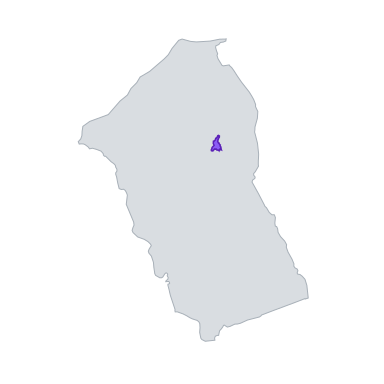 location of Tano South Municipal, Brong Ahafo, Ghana, rotated 160°
{"feature_id": "2480657B7981851544250", "entity_name": "Tano South Municipal", "entity_type": "district", "adm_level": 2, "iso_a3": "GHA", "parent_name": "Ghana", "parent_adm1": "Brong Ahafo", "projection": "robinson", "projection_center": [-2.05, 7.161], "detail": "fine", "context": "in_parent", "style": "filled", "palette": "violet", "viewbox_px": 384, "rotation_deg": 160, "n_neighbors": 0, "source": "geoboundaries", "source_scale": "gbopen_adm2", "svg_char_len": 5061}
<svg xmlns="http://www.w3.org/2000/svg" viewBox="0 0 384 384"><g transform="rotate(160 192 192)"><path d="M230.6,47.2L233.2,50.0L233.7,51.6L232.8,57.5L230.9,61.7L229.7,65.6L229.9,67.5L231.0,69.5L235.0,72.6L237.0,74.6L239.4,77.6L242.1,80.5L246.8,84.4L248.8,85.1L248.7,86.1L248.1,87.6L247.7,101.9L247.3,105.6L247.0,107.5L246.5,112.8L246.1,113.6L245.2,113.5L244.3,113.7L244.1,114.8L244.5,115.9L247.3,116.7L246.7,117.5L244.6,118.2L243.6,119.8L244.0,121.7L242.9,123.1L243.2,124.1L244.0,124.9L245.2,124.6L248.5,122.1L249.8,121.8L251.6,122.4L254.7,126.1L254.9,128.0L253.6,134.3L252.3,139.1L252.1,145.6L253.4,149.3L253.3,151.3L251.8,153.0L248.6,155.5L248.8,157.2L250.3,160.4L253.1,163.9L258.4,168.3L261.3,174.1L261.4,176.4L259.7,178.7L257.8,180.7L257.1,183.7L258.0,202.9L253.8,211.2L253.8,213.6L254.2,216.3L255.3,218.0L257.5,218.5L259.3,220.1L258.7,225.9L257.7,231.9L257.6,234.8L257.1,236.1L255.4,237.3L254.8,239.1L255.2,241.5L254.9,243.2L255.8,245.4L257.7,248.2L260.9,255.1L262.1,255.6L262.6,257.0L262.3,258.4L263.5,261.5L266.9,264.5L270.6,267.2L273.5,267.6L274.2,269.9L276.2,273.0L277.6,274.3L279.8,275.2L281.6,275.6L281.7,278.2L278.4,279.9L276.2,282.6L274.5,286.6L272.1,291.0L264.0,293.3L260.9,293.3L244.2,293.4L228.5,302.1L219.5,305.2L214.0,310.1L206.6,313.6L201.4,317.8L190.6,319.8L172.8,326.5L167.3,329.1L161.7,333.7L152.6,339.1L149.0,339.1L141.8,334.0L136.5,331.5L123.3,327.6L113.5,326.1L108.8,324.4L107.5,324.2L108.6,322.3L111.3,322.2L114.2,322.8L116.4,321.4L119.6,321.2L120.4,319.7L120.7,316.1L120.6,313.1L121.8,311.8L122.0,308.4L120.5,300.7L119.4,299.8L113.6,298.7L113.2,297.2L112.2,295.5L111.1,291.6L109.8,285.7L107.9,278.3L104.0,266.3L103.1,262.0L102.4,257.7L102.3,252.5L103.1,250.5L102.9,247.9L102.6,245.2L105.3,239.0L110.6,231.5L111.7,228.8L112.7,226.9L112.9,224.2L113.8,215.4L116.4,204.9L118.0,200.9L119.0,198.7L120.3,195.2L120.7,193.5L125.6,189.4L127.8,188.2L128.3,186.6L127.6,184.8L127.9,183.6L129.1,183.0L130.9,182.5L132.2,180.8L130.1,167.7L128.4,154.7L128.4,153.6L127.4,151.8L126.4,146.4L124.7,143.3L122.4,142.4L122.4,139.4L124.8,134.4L125.4,131.4L124.3,130.6L124.1,128.3L124.9,124.6L124.5,122.3L124.1,119.9L121.7,114.2L121.1,110.2L122.3,107.8L122.3,102.6L121.0,94.7L120.8,89.6L121.7,87.5L121.2,85.5L119.5,83.6L119.4,81.8L120.9,80.0L120.7,78.6L118.8,77.6L117.2,75.1L115.7,71.3L116.0,65.0L118.8,53.6L119.1,52.6L122.3,52.7L122.3,53.2L132.1,53.0L143.3,52.9L156.6,52.8L168.8,52.6L169.3,52.1L171.3,51.5L183.6,52.7L191.3,52.1L194.5,52.4L196.9,53.2L202.2,52.7L205.0,53.0L207.2,55.9L208.0,55.9L209.2,54.7L211.3,53.3L213.5,52.2L215.0,49.9L216.0,48.2L217.4,48.6L219.4,48.5L220.7,47.1L221.2,44.9L230.6,47.2Z" fill="#d9dde1" stroke="#a8b0b8" stroke-width="1"/><path d="M154.5,232.4L155.4,230.3L155.3,228.2L157.9,227.0L158.1,226.5L158.2,226.4L158.5,226.1L158.5,225.9L158.7,225.7L159.0,225.4L159.2,225.2L159.3,225.2L159.5,224.9L159.6,224.7L159.6,224.4L159.4,224.4L159.2,224.1L159.0,223.9L159.0,223.7L158.9,223.7L158.7,223.6L158.3,223.5L158.1,223.5L157.9,223.8L157.7,223.9L157.6,224.0L157.4,224.1L157.2,224.1L156.9,224.2L156.8,224.3L156.7,224.3L156.4,224.5L156.2,224.7L155.8,224.3L155.7,224.3L155.6,224.2L155.4,224.2L155.2,224.1L154.8,224.2L154.7,224.3L154.5,224.1L154.3,223.5L154.3,223.3L154.2,223.2L154.2,222.8L153.9,222.7L153.7,222.7L153.4,222.6L153.2,222.6L152.8,221.9L152.6,221.8L152.5,221.7L152.3,221.7L152.2,221.8L152.2,221.7L152.1,221.8L151.9,221.8L151.8,222.0L151.7,221.9L151.6,222.0L151.6,221.9L151.6,222.0L151.4,222.1L151.2,222.1L151.0,222.3L150.9,222.2L150.8,222.3L150.7,222.3L150.4,222.1L150.2,221.8L150.0,221.6L150.0,221.8L150.0,222.1L149.9,222.2L149.9,222.3L150.0,222.4L149.9,222.4L149.9,222.6L149.8,222.8L149.8,223.0L149.9,223.3L150.0,223.4L149.9,223.5L149.5,224.1L149.7,224.3L149.7,224.6L149.6,224.8L149.7,225.0L149.8,225.1L149.8,225.3L149.8,225.5L149.7,225.7L149.7,225.8L149.7,226.0L149.7,226.3L149.6,226.5L149.4,226.6L149.5,226.8L149.7,227.0L149.8,227.2L149.8,227.3L149.8,227.5L149.9,228.1L150.0,228.3L150.0,228.5L149.9,228.6L149.9,228.8L150.0,228.8L150.2,229.0L150.3,229.0L150.4,229.4L150.4,229.7L150.5,229.9L150.5,230.1L150.6,230.3L150.6,230.5L150.5,230.8L150.4,230.9L150.3,231.0L150.2,231.1L150.1,231.3L150.1,231.5L149.9,231.8L149.9,232.0L149.7,232.2L149.7,232.3L149.6,232.5L149.4,232.6L149.2,232.6L149.1,232.8L149.0,233.0L148.9,233.2L148.9,233.3L148.6,233.5L148.4,233.5L148.2,233.7L148.1,233.8L148.1,233.7L147.9,233.7L148.0,233.7L148.0,233.8L147.9,233.9L147.8,234.0L147.7,234.0L147.5,234.3L147.5,234.5L147.4,234.7L147.3,234.8L147.2,235.0L147.1,235.3L147.3,235.5L147.6,235.8L147.6,236.0L147.8,236.2L148.0,236.2L148.3,236.1L148.5,236.1L148.7,235.8L148.7,235.7L148.8,235.7L148.9,235.4L149.0,235.4L149.1,235.2L149.3,235.1L149.5,235.1L149.6,234.9L149.8,234.8L150.0,234.7L150.3,234.5L150.5,234.4L150.5,234.5L150.8,234.5L151.0,234.5L151.1,234.4L151.3,234.3L151.3,234.2L151.5,234.1L151.7,233.9L151.7,233.7L151.8,233.5L151.9,233.4L152.0,233.3L152.1,233.2L152.3,233.0L152.5,232.9L152.8,232.7L153.0,232.7L153.3,232.5L153.5,232.5L153.6,232.4L153.8,232.4L154.0,232.2L154.1,232.3L154.5,232.4Z" fill="#8b5cf6" stroke="#5b21b6" stroke-width="1.5"/></g></svg>